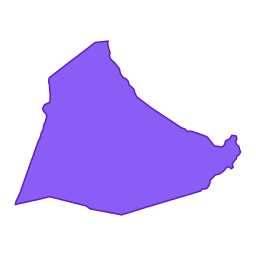 Major Isidoro, Alagoas, Brazil
{"feature_id": "56859067B9836424161679", "entity_name": "Major Isidoro", "entity_type": "district", "adm_level": 2, "iso_a3": "BRA", "parent_name": "Brazil", "parent_adm1": "Alagoas", "projection": "natural_earth1", "projection_center": [-36.973, -9.523], "detail": "fine", "context": "isolated", "style": "filled", "palette": "violet", "viewbox_px": 256, "rotation_deg": 0, "n_neighbors": 0, "source": "geoboundaries", "source_scale": "gbopen_adm2", "svg_char_len": 1521}
<svg xmlns="http://www.w3.org/2000/svg" viewBox="0 0 256 256"><path d="M90.1,208.9L119.6,214.4L121.5,214.9L145.0,207.6L200.9,190.9L202.4,188.8L204.9,189.1L207.1,188.2L208.7,186.1L209.7,183.5L210.3,180.1L212.8,177.7L214.9,175.4L216.9,174.5L219.2,174.1L221.6,172.6L224.4,170.3L226.2,167.9L228.4,166.6L231.4,168.7L233.2,167.2L232.3,164.6L233.3,162.1L234.8,160.4L236.3,158.9L236.8,156.3L239.1,154.6L240.6,152.1L239.7,149.8L238.8,146.3L236.6,144.6L235.6,141.8L236.8,139.0L236.3,136.1L234.0,135.6L231.9,135.3L230.7,137.2L229.2,139.4L227.1,139.9L225.3,141.3L224.7,144.5L222.8,146.5L220.8,147.1L218.4,146.4L216.1,146.2L214.1,145.6L207.5,137.2L204.6,135.8L202.3,134.9L200.2,134.3L198.3,133.4L196.0,132.8L193.2,131.7L189.9,131.1L187.3,131.4L184.7,128.8L181.6,127.9L166.0,117.6L157.3,111.9L151.4,108.0L136.6,96.7L135.4,94.1L134.6,92.0L133.9,89.3L131.5,87.0L129.1,84.8L128.3,81.6L126.1,78.8L123.4,77.8L121.6,75.5L120.5,73.5L119.8,70.7L119.0,68.2L117.0,65.9L115.2,63.3L113.1,61.5L110.7,59.3L109.4,56.0L110.1,52.4L108.9,49.5L108.4,46.7L107.7,44.4L108.0,41.1L95.2,42.5L76.4,56.9L71.6,60.5L69.4,62.2L49.3,77.7L48.7,80.2L48.8,82.7L49.5,85.3L49.6,88.9L49.9,91.6L50.2,94.0L50.2,96.8L50.0,100.0L49.7,102.4L47.5,103.3L44.7,104.6L42.5,108.5L43.8,111.6L46.1,113.8L46.8,117.2L45.8,119.6L45.3,121.9L44.1,124.0L43.5,126.7L43.0,129.8L41.5,132.4L40.5,136.2L39.6,138.8L38.5,140.7L22.6,185.5L19.9,193.2L15.8,202.0L15.4,204.5L43.1,198.3L46.1,197.5L49.6,196.7L54.4,197.9L86.1,205.9L90.1,208.9Z" fill="#8b5cf6" stroke="#5b21b6" stroke-width="1.5"/></svg>